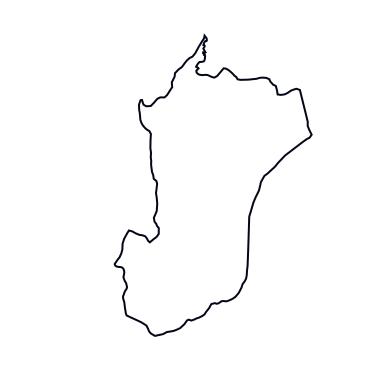 the district of Telang Usan, Sarawak, Malaysia, rotated 27°
{"feature_id": "92858781B46981369874280", "entity_name": "Telang Usan", "entity_type": "district", "adm_level": 2, "iso_a3": "MYS", "parent_name": "Malaysia", "parent_adm1": "Sarawak", "projection": "equal_earth", "projection_center": [114.732, 3.333], "detail": "fine", "context": "isolated", "style": "outline", "palette": "ink", "viewbox_px": 384, "rotation_deg": 27, "n_neighbors": 0, "source": "geoboundaries", "source_scale": "gbopen_adm2", "svg_char_len": 3083}
<svg xmlns="http://www.w3.org/2000/svg" viewBox="0 0 384 384"><g transform="rotate(27 192 192)"><path d="M247.3,307.1L249.7,306.9L252.4,304.1L253.0,303.1L253.9,302.1L254.8,301.3L256.0,299.8L257.6,297.6L258.8,295.1L258.9,292.9L260.0,287.5L260.0,284.3L260.2,283.0L261.7,281.6L263.0,280.6L264.7,280.4L266.2,279.1L266.9,277.7L268.1,275.7L269.7,274.8L272.3,273.8L273.9,272.2L275.5,270.3L276.9,268.3L278.3,265.6L278.9,263.2L279.5,260.3L279.5,257.6L279.5,255.7L279.5,254.8L278.9,251.1L279.5,247.8L279.5,244.5L278.3,240.6L277.0,237.8L274.8,232.0L267.9,217.1L254.2,188.0L253.4,183.5L251.5,173.4L251.1,167.9L251.0,160.3L249.8,155.2L248.9,151.9L249.2,144.8L251.0,141.1L254.6,131.3L255.4,127.2L258.4,117.1L267.7,97.7L270.3,92.6L272.1,90.3L272.6,86.6L268.0,83.2L265.0,80.5L263.2,76.8L241.8,52.1L239.7,52.4L238.0,52.7L235.8,54.9L234.0,57.0L232.3,60.2L230.3,62.9L227.0,65.2L224.0,66.2L221.7,63.0L218.6,59.5L215.4,59.5L211.4,57.9L209.7,56.4L206.4,56.6L202.8,58.1L200.6,59.5L198.0,61.9L191.2,66.3L188.1,68.0L184.2,70.1L181.5,70.9L179.2,69.4L177.3,69.2L174.5,68.1L170.5,67.0L168.2,66.7L166.0,66.7L164.0,67.5L162.9,72.5L161.7,77.4L160.0,79.9L157.7,80.5L155.0,80.6L152.7,80.7L151.0,81.4L148.1,83.2L145.5,84.1L143.6,84.1L142.1,83.6L140.8,82.1L141.3,80.1L141.7,78.9L141.0,78.6L138.8,78.5L138.9,75.9L139.3,73.9L139.7,72.8L141.6,71.6L143.0,70.5L143.3,69.9L143.3,68.6L142.5,66.3L142.0,65.0L141.0,63.7L140.7,64.5L140.3,64.4L139.9,63.5L138.9,63.3L138.5,62.5L140.4,61.3L138.9,60.3L137.0,59.1L137.2,57.2L137.0,56.0L136.1,55.6L135.5,55.9L135.2,54.9L135.1,53.9L135.2,52.5L135.4,51.4L136.4,50.8L136.3,49.9L135.2,48.4L132.2,47.0L133.0,49.6L132.5,54.1L132.1,59.6L131.9,67.0L131.0,71.1L129.0,73.8L127.7,77.2L127.1,80.1L126.3,85.2L124.5,88.7L122.9,93.8L124.2,97.3L124.2,103.4L126.7,107.5L125.8,116.9L124.6,120.2L120.8,122.1L118.8,124.7L117.5,130.0L116.2,134.1L112.3,136.4L109.1,136.2L107.4,134.5L105.7,132.7L104.5,133.5L105.1,138.2L107.7,142.9L109.8,145.6L113.2,151.1L115.8,153.6L118.4,155.2L121.4,156.4L123.7,156.9L126.3,157.1L129.0,158.9L131.5,164.6L135.0,171.8L137.7,175.7L139.5,179.8L141.5,182.7L143.3,186.5L147.3,192.3L149.9,194.7L151.9,197.6L155.4,198.4L157.3,200.7L160.5,209.5L162.7,212.4L166.3,218.1L169.2,224.9L169.5,228.3L169.7,232.2L172.1,235.5L174.4,236.5L176.4,238.2L178.8,239.2L181.4,244.5L180.8,248.2L179.0,251.9L177.3,256.0L175.0,255.4L173.0,253.9L170.4,252.7L167.4,253.1L164.5,254.1L160.1,254.4L156.9,254.2L153.3,254.9L153.0,258.1L152.8,264.3L153.6,269.5L154.7,271.9L156.1,275.0L156.9,278.7L157.1,282.9L156.5,285.9L155.8,291.3L157.0,292.4L158.4,292.6L160.7,292.1L162.2,291.4L163.6,291.0L165.5,291.4L167.1,292.8L168.2,294.4L168.8,296.1L169.5,298.9L170.6,300.1L172.2,301.5L173.2,302.3L174.7,303.1L177.4,306.4L177.7,308.2L177.4,309.8L177.4,312.1L177.8,314.5L177.9,316.2L178.8,317.9L179.6,318.8L181.6,320.8L185.1,326.0L186.9,328.4L188.3,330.4L189.9,331.7L205.8,331.1L212.1,331.7L214.5,333.5L217.4,335.9L220.0,336.8L224.4,337.0L230.7,331.8L233.1,328.3L236.9,325.5L239.1,323.7L241.2,321.3L243.2,318.7L245.2,313.4L245.6,310.7L245.9,308.6L247.3,307.1Z" fill="none" stroke="#020617" stroke-width="2"/></g></svg>